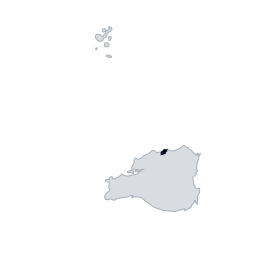 location of San Vicente, Manabi, Ecuador, rotated 63°
{"feature_id": "8360857B32619791172197", "entity_name": "San Vicente", "entity_type": "district", "adm_level": 2, "iso_a3": "ECU", "parent_name": "Ecuador", "parent_adm1": "Manabi", "projection": "equal_earth", "projection_center": [-80.343, -0.465], "detail": "medium", "context": "in_parent", "style": "filled", "palette": "ink", "viewbox_px": 256, "rotation_deg": 63, "n_neighbors": 0, "source": "geoboundaries", "source_scale": "gbopen_adm2", "svg_char_len": 4493}
<svg xmlns="http://www.w3.org/2000/svg" viewBox="0 0 256 256"><g transform="rotate(63 128 128)"><path d="M227.2,100.9L226.5,101.4L224.8,101.7L223.5,101.1L223.0,101.1L222.9,101.7L224.6,103.2L225.5,105.8L226.7,107.4L227.4,108.2L227.5,108.8L227.2,109.8L227.2,110.7L227.6,114.7L227.3,114.9L226.4,114.9L225.7,114.2L223.7,124.2L217.4,134.0L210.2,141.0L201.9,145.1L195.9,147.9L194.9,148.9L191.9,153.9L191.8,154.4L192.2,155.2L192.2,155.8L191.8,156.1L191.4,156.2L191.2,155.9L191.1,155.3L190.7,154.7L190.2,154.5L190.0,155.2L189.3,157.9L189.3,159.2L189.0,159.7L189.1,160.9L188.4,161.9L188.0,163.7L187.5,164.3L186.8,167.1L185.9,169.8L185.8,170.8L186.1,171.5L186.2,172.0L185.8,173.7L183.7,175.4L183.1,176.2L182.9,177.1L183.1,177.9L183.0,178.5L182.3,178.8L181.6,180.3L181.1,180.7L179.8,180.2L178.8,180.1L178.0,179.7L176.5,177.0L175.9,175.5L175.8,173.3L174.3,171.9L172.4,172.3L171.8,171.8L170.4,170.9L169.1,169.9L168.2,169.3L167.5,169.6L166.3,171.3L165.3,172.1L164.8,172.0L164.1,171.5L164.0,170.9L165.6,167.9L164.4,167.9L164.0,167.2L163.9,166.5L163.7,165.6L164.0,164.7L164.6,164.2L165.6,164.6L166.2,164.6L166.7,163.7L167.5,163.0L167.7,162.5L167.3,161.0L167.1,160.2L167.3,159.8L167.2,158.2L166.9,157.6L166.9,156.7L166.7,156.2L166.6,155.1L166.0,154.5L168.0,153.5L168.7,152.6L169.6,151.9L170.3,150.7L170.9,149.6L172.1,144.5L173.2,141.3L173.0,139.7L172.1,137.7L171.9,134.6L171.9,133.6L171.8,132.9L171.2,134.2L171.4,138.7L170.8,140.8L170.0,141.3L169.5,140.9L169.8,137.6L169.3,138.2L168.4,140.5L166.9,142.1L166.8,142.7L166.5,143.4L165.3,142.7L164.4,142.1L161.6,138.3L159.7,137.5L158.6,136.2L158.4,135.7L158.2,134.9L159.4,134.1L160.6,133.1L160.7,130.8L160.6,128.9L159.8,125.8L160.2,121.7L160.0,120.1L159.0,116.8L159.7,115.1L162.3,113.8L163.2,113.0L163.8,110.3L164.4,108.7L165.6,109.3L166.5,109.3L165.2,108.7L164.2,106.2L164.1,105.1L166.0,101.8L167.0,101.0L168.3,99.2L169.3,96.6L169.6,92.4L169.2,89.4L168.8,86.3L169.5,85.5L171.1,85.0L172.4,84.0L173.0,83.1L174.6,83.2L176.4,81.8L179.3,81.1L183.3,79.4L184.1,77.9L183.7,75.3L185.2,76.9L185.9,78.1L188.0,79.5L190.4,82.0L192.0,83.3L193.7,84.4L196.3,85.6L197.8,85.4L198.5,87.3L199.0,87.8L200.5,88.5L201.2,92.2L201.5,92.7L202.8,93.2L204.3,93.4L204.9,93.3L206.3,94.3L208.4,95.1L209.1,95.2L209.5,95.0L209.6,94.7L210.2,94.7L211.1,95.2L212.5,95.3L213.3,94.8L213.4,92.9L213.8,92.5L214.7,91.8L215.2,91.9L217.6,93.5L218.2,94.0L218.8,95.1L219.9,96.6L221.2,97.7L223.1,98.1L225.0,99.7L227.2,100.9ZM33.1,98.7L33.8,99.8L34.2,102.8L36.7,105.9L37.0,107.7L36.8,108.5L36.9,108.9L38.0,110.1L38.8,111.4L37.5,114.5L34.8,115.8L31.9,115.7L31.3,115.4L30.5,114.2L30.4,113.2L30.8,112.2L32.3,110.7L34.6,109.3L34.9,108.3L34.0,107.2L33.3,105.2L31.9,103.8L31.2,99.5L30.7,99.3L29.7,99.9L29.2,99.4L29.1,99.1L30.2,98.1L30.4,97.4L32.0,97.1L32.7,97.6L33.1,98.7ZM44.4,111.7L43.8,111.8L41.9,110.2L42.1,108.6L42.8,107.6L45.2,107.0L46.3,108.0L46.2,109.9L45.3,111.3L44.7,111.5L44.4,111.7ZM168.3,147.7L168.1,148.4L166.9,148.3L166.6,148.1L166.9,145.1L167.2,144.1L168.1,143.2L168.9,142.8L169.9,142.8L171.0,143.7L169.7,145.2L168.8,145.7L168.3,147.7ZM31.2,106.7L30.0,106.9L29.0,106.4L28.5,105.5L28.4,104.2L28.5,103.8L30.8,103.3L31.5,104.4L31.5,106.0L31.2,106.7ZM55.6,114.0L54.1,114.7L53.3,114.1L53.3,113.6L54.1,112.6L54.8,112.1L55.5,110.9L56.8,110.2L57.2,110.4L57.4,110.6L57.5,111.0L57.1,112.0L56.3,112.6L55.6,114.0ZM41.5,104.6L41.0,105.1L38.7,104.5L38.0,103.6L38.5,102.3L39.0,101.7L40.4,102.2L41.8,103.7L41.5,104.6ZM43.4,121.0L42.9,121.1L42.2,120.4L42.7,119.1L43.7,119.8L43.9,120.3L43.4,121.0ZM183.1,78.6L182.5,78.7L182.1,78.0L183.0,77.1L183.3,76.9L183.1,78.6Z" fill="#d9dde1" stroke="#a8b0b8" stroke-width="1"/><path d="M167.2,107.2L167.1,106.9L167.1,106.7L166.9,106.6L166.8,106.4L166.7,106.4L166.6,106.2L166.5,105.9L166.4,105.8L166.5,105.8L166.4,105.7L166.2,105.7L166.3,105.6L166.2,105.5L166.2,105.4L166.1,105.1L166.1,104.9L166.0,104.7L165.9,104.6L165.7,104.6L165.6,104.4L165.4,104.3L165.5,104.1L165.4,104.1L165.4,103.9L165.1,103.6L165.1,103.9L165.0,104.1L164.9,104.3L164.7,104.6L164.4,104.9L164.2,105.1L163.9,105.4L163.9,105.6L164.0,105.9L164.1,106.3L164.3,106.5L164.5,107.2L164.6,107.8L164.6,108.2L164.6,108.3L164.9,108.7L165.0,108.9L165.0,109.1L165.1,109.3L165.1,109.5L165.3,109.7L165.6,109.6L166.1,109.7L166.2,109.8L166.3,109.8L166.5,109.8L166.5,109.7L166.6,109.3L166.6,109.2L167.0,109.0L166.7,108.8L166.6,108.6L166.8,108.4L166.8,108.2L166.9,107.9L166.9,107.7L167.0,107.4L167.2,107.2L167.2,107.2ZM166.5,109.9L166.4,109.8L166.5,109.8L166.5,109.9Z" fill="#0f172a" stroke="#020617" stroke-width="1.5"/></g></svg>